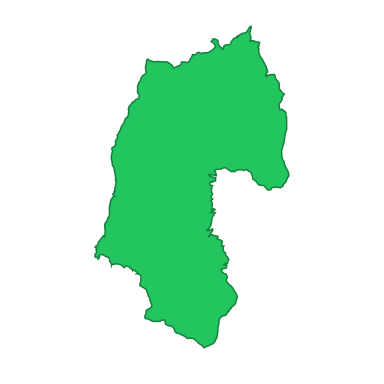 the district of Seica Mare, Sibiu, Romania, rotated 262°
{"feature_id": "2599482B70299746914609", "entity_name": "Seica Mare", "entity_type": "district", "adm_level": 2, "iso_a3": "ROU", "parent_name": "Romania", "parent_adm1": "Sibiu", "projection": "albers", "projection_center": [24.21, 46.002], "detail": "fine", "context": "isolated", "style": "filled", "palette": "green", "viewbox_px": 384, "rotation_deg": 262, "n_neighbors": 0, "source": "geoboundaries", "source_scale": "gbopen_adm2", "svg_char_len": 6059}
<svg xmlns="http://www.w3.org/2000/svg" viewBox="0 0 384 384"><g transform="rotate(262 192 192)"><path d="M331.0,279.5L331.9,275.9L333.2,274.2L333.1,273.3L333.6,272.2L333.1,271.4L333.1,270.7L337.0,271.9L338.9,271.7L339.6,271.2L341.7,271.5L347.2,273.6L347.9,273.5L347.2,271.9L343.3,268.8L342.2,267.2L342.1,263.8L341.3,262.2L340.8,260.3L340.1,259.5L339.9,258.2L339.4,257.9L339.1,258.8L338.7,257.8L338.6,256.1L338.1,254.6L335.1,251.6L333.1,250.8L332.8,249.2L332.9,245.3L331.7,243.7L329.1,242.5L332.6,239.5L333.8,238.9L337.2,238.5L337.9,238.8L338.7,238.5L340.4,235.8L340.5,234.2L340.0,234.7L338.4,231.9L337.2,233.3L335.1,234.9L332.5,235.4L329.2,231.4L329.1,230.2L327.9,227.9L327.7,226.7L328.1,225.2L328.2,222.1L327.6,220.3L329.3,218.5L329.3,216.7L327.9,215.2L327.4,214.1L328.0,211.7L326.1,210.8L323.0,208.1L321.1,206.9L321.1,204.4L321.9,202.7L321.8,201.6L322.3,200.1L321.9,199.5L320.6,199.1L318.6,197.2L318.7,195.6L317.3,191.4L317.5,191.0L319.9,190.2L322.9,187.3L324.3,185.2L326.1,175.4L326.2,172.5L327.7,169.2L328.7,167.7L329.5,167.3L329.7,166.3L328.8,165.5L325.6,164.7L322.9,163.4L318.6,163.1L317.1,163.3L315.9,163.0L314.1,159.4L312.7,157.9L310.8,156.8L309.7,156.6L308.0,154.8L304.3,152.8L297.7,151.9L297.0,152.5L295.0,153.3L292.6,152.4L291.4,149.9L291.3,149.1L289.4,147.2L289.4,145.7L285.9,142.4L285.4,141.5L283.5,140.9L282.9,140.4L281.5,140.7L276.5,139.5L274.4,137.3L274.0,136.3L269.6,134.0L268.0,132.3L265.6,130.6L262.3,129.0L261.5,128.0L260.4,127.6L259.3,126.6L259.0,125.9L256.1,125.8L253.1,123.2L250.3,123.1L248.6,122.3L246.7,118.9L246.1,118.5L243.7,119.0L239.5,117.3L236.0,116.7L232.7,117.1L229.5,116.8L227.1,118.1L214.1,118.5L214.2,118.0L213.6,118.4L212.7,118.0L211.4,118.1L209.4,117.1L206.7,116.7L206.6,116.1L204.3,115.9L203.4,115.0L202.9,115.8L202.2,115.2L202.2,114.8L201.3,113.6L200.5,113.2L198.5,115.0L198.6,113.8L197.5,112.4L194.7,110.2L192.2,109.6L191.7,109.0L190.1,109.1L189.5,108.4L188.8,108.1L181.1,107.1L179.5,106.5L177.4,104.6L176.1,104.3L174.2,102.8L173.7,102.0L171.8,101.1L168.9,100.6L166.6,100.8L160.4,99.6L160.1,99.0L161.0,98.1L155.3,92.3L152.9,91.4L152.4,90.7L152.1,89.5L150.8,88.4L150.4,88.9L150.4,89.5L150.1,89.8L148.4,89.1L145.2,89.0L143.7,87.3L141.1,87.0L140.6,88.0L140.6,89.1L138.6,89.7L138.7,90.2L139.7,90.1L140.1,91.2L140.6,91.4L142.2,91.5L142.6,92.4L142.8,94.0L142.3,94.4L142.2,95.4L140.7,96.9L138.3,100.8L134.4,101.0L132.3,102.2L130.2,102.1L131.4,102.9L131.3,107.7L129.9,111.5L126.5,114.3L127.5,115.6L127.9,117.0L126.7,119.1L124.3,121.0L123.2,122.6L122.8,122.1L122.3,122.2L123.1,123.2L120.0,126.6L119.3,126.7L118.9,126.0L118.9,126.9L118.2,127.2L117.6,128.6L115.7,129.8L110.3,128.8L107.7,127.5L106.3,127.5L103.4,131.5L101.7,133.1L96.8,134.2L95.2,134.1L94.0,135.1L90.4,135.3L85.4,136.5L83.6,135.7L82.5,133.8L81.2,130.2L77.2,129.3L76.1,128.2L74.1,127.8L73.5,128.1L72.9,128.7L72.3,131.3L70.1,133.8L69.2,135.5L68.4,142.4L69.3,143.6L69.0,147.2L66.1,147.2L64.3,147.8L62.8,150.1L62.8,151.2L61.3,153.8L59.6,155.0L56.1,155.8L54.7,156.7L53.4,159.9L50.8,163.5L50.5,164.3L47.7,167.0L47.5,167.8L47.6,170.0L46.7,173.0L43.1,176.3L41.9,177.0L39.9,179.0L38.9,180.6L36.1,182.1L38.9,191.9L41.0,194.1L42.6,194.7L43.8,195.6L43.3,195.6L43.5,195.8L46.2,197.0L48.8,197.6L50.2,198.3L53.5,198.5L55.9,199.6L62.8,201.5L64.8,204.7L65.1,205.7L65.1,207.7L65.7,208.8L68.0,210.6L68.6,211.9L69.9,212.5L70.7,213.4L70.8,214.0L72.5,215.3L74.4,218.4L75.8,219.7L80.4,221.6L81.7,222.4L84.3,221.9L92.2,218.5L94.3,216.9L95.6,215.1L96.5,215.1L99.1,213.6L99.9,213.4L102.3,215.0L105.2,214.7L106.1,214.1L106.7,212.5L109.1,210.5L109.7,210.4L111.6,210.3L111.3,211.4L111.7,212.1L111.8,214.7L112.3,215.7L114.6,216.2L115.6,213.4L116.3,213.9L115.6,215.4L116.6,216.0L116.2,217.2L118.6,218.0L119.9,219.1L121.6,218.1L122.0,218.4L124.8,216.6L127.1,216.7L127.2,216.2L127.9,215.6L130.2,214.9L132.6,215.0L134.0,216.0L134.5,213.8L136.9,214.4L138.2,215.1L139.2,215.0L140.7,213.1L142.3,210.3L143.8,211.4L144.6,211.4L145.8,208.0L147.2,205.0L145.7,203.2L145.7,202.5L149.0,205.4L151.0,207.2L152.5,207.2L151.5,203.9L151.7,203.7L151.5,202.9L151.7,201.5L152.8,202.6L152.5,202.6L153.3,203.8L155.5,205.5L159.2,207.1L162.7,207.9L164.6,209.0L168.4,212.2L169.0,207.6L171.3,212.3L172.4,211.6L171.4,209.1L175.0,209.9L175.2,210.2L177.3,210.1L178.6,210.6L180.9,209.4L182.2,211.6L183.2,210.6L184.7,209.9L186.6,211.9L188.0,212.0L189.1,211.2L193.0,211.9L195.4,213.3L196.5,210.7L199.1,211.3L198.9,214.0L199.6,214.6L199.8,215.9L199.6,216.6L199.9,217.0L201.3,216.9L202.2,217.5L203.0,217.1L203.2,215.8L203.8,215.1L204.3,213.3L205.1,213.0L205.1,211.8L206.8,211.1L206.5,214.1L205.5,216.2L204.7,218.4L205.5,218.5L205.9,218.0L206.2,218.4L206.6,218.1L208.5,218.2L209.5,217.3L210.4,217.4L211.0,219.3L210.7,224.3L211.3,225.5L211.5,227.8L210.6,229.9L209.2,230.7L208.4,232.2L207.2,233.1L206.5,234.6L206.8,235.3L206.1,237.2L207.4,238.9L207.4,243.6L206.1,246.4L206.7,249.5L204.8,250.8L203.9,252.6L202.6,253.3L198.6,254.1L196.6,253.9L193.4,257.1L190.4,258.6L189.7,259.2L189.6,259.9L189.1,260.4L188.6,263.7L187.4,264.8L183.6,267.1L183.3,268.0L183.2,270.1L183.7,270.8L185.5,272.0L185.0,274.9L185.1,277.0L183.9,279.8L184.6,281.8L185.5,283.2L186.7,283.4L188.9,286.4L191.9,288.0L194.7,290.2L197.0,290.3L199.1,289.9L206.4,287.3L209.0,287.5L211.1,286.4L213.2,286.0L216.7,286.0L220.5,286.5L225.4,288.6L226.7,289.4L236.7,292.5L241.0,294.5L252.8,296.1L254.2,295.7L257.3,296.0L259.2,295.0L260.1,293.6L261.4,292.9L261.2,291.9L261.5,290.4L266.6,290.3L270.6,293.7L271.7,294.3L272.8,293.9L276.0,297.0L277.7,295.4L281.8,293.0L283.0,292.8L285.3,293.4L287.9,293.4L291.6,291.2L293.7,290.4L295.9,290.4L297.1,289.8L297.0,287.8L297.3,287.0L297.2,285.7L296.9,283.3L296.5,282.9L297.0,282.6L295.9,282.1L296.8,281.1L296.9,281.9L298.2,281.7L299.4,282.3L300.5,283.8L301.6,283.1L302.5,283.6L302.9,283.0L303.7,283.3L304.1,282.7L305.9,283.0L308.7,281.3L309.3,281.8L311.2,280.8L313.4,280.3L314.3,279.5L314.9,279.5L316.4,278.4L319.5,277.8L322.3,277.6L322.9,277.9L324.1,277.7L324.8,278.2L325.8,277.5L326.5,277.7L326.9,278.5L327.4,278.1L327.3,277.7L327.6,277.7L329.1,279.2L330.2,279.7L331.0,279.5Z" fill="#22c55e" stroke="#15803d" stroke-width="1.5"/></g></svg>